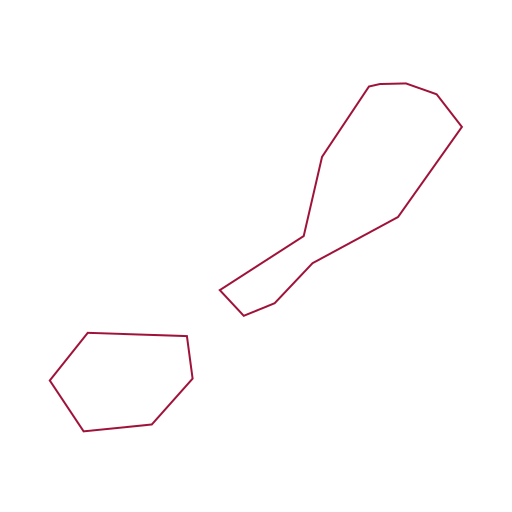 Saint Kitts and Nevis, Equal Earth projection, rotated 86°
{"feature_id": "KNA", "entity_name": "Saint Kitts and Nevis", "entity_type": "country or territory", "adm_level": 0, "iso_a3": "KNA", "parent_name": "North America", "parent_adm1": "", "projection": "equal_earth", "projection_center": [-62.678, 17.252], "detail": "fine", "context": "isolated", "style": "outline", "palette": "rose", "viewbox_px": 512, "rotation_deg": 86, "n_neighbors": 0, "source": "natural_earth", "source_scale": "50m", "svg_char_len": 400}
<svg xmlns="http://www.w3.org/2000/svg" viewBox="0 0 512 512"><g transform="rotate(86 256 256)"><path d="M314.8,272.4L287.5,294.5L239.4,207.0L161.7,183.2L94.8,131.5L93.1,120.4L94.3,94.4L107.3,64.5L141.6,41.6L227.0,111.6L267.1,200.1L304.4,240.7L314.8,272.4ZM418.9,440.2L365.8,470.4L320.9,429.2L331.1,330.5L373.9,327.8L416.8,371.7L418.9,440.2Z" fill="none" stroke="#9f1239" stroke-width="2"/></g></svg>